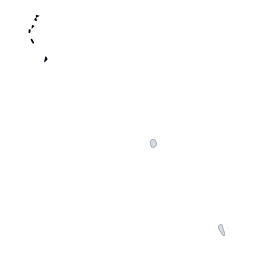 Laamu on a map of Maldives (Mercator projection), rotated 136°
{"feature_id": "MDV-5239", "entity_name": "Laamu", "entity_type": "Atoll", "adm_level": 1, "iso_a3": "MDV", "parent_name": "Maldives", "parent_adm1": "", "projection": "mercator", "projection_center": [73.461, 1.946], "detail": "coarse", "context": "in_parent", "style": "filled", "palette": "ink", "viewbox_px": 256, "rotation_deg": 136, "n_neighbors": 0, "source": "natural_earth", "source_scale": "10m", "svg_char_len": 1020}
<svg xmlns="http://www.w3.org/2000/svg" viewBox="0 0 256 256"><g transform="rotate(136 128 128)"><path d="M132.3,-6.4L130.3,-5.3L128.4,-5.8L127.7,-7.1L128.7,-9.2L130.3,-11.8L131.4,-14.6L133.0,-16.2L134.2,-15.6L134.1,-14.1L133.5,-11.9L133.1,-9.0L132.3,-6.4ZM121.2,102.8L118.7,103.0L117.1,101.0L117.5,98.1L119.4,96.1L122.5,95.9L124.2,97.8L123.3,100.6L121.2,102.8Z" fill="#d9dde1" stroke="#a8b0b8" stroke-width="1"/><path d="M138.8,233.9L140.9,233.9L140.3,234.4L138.8,235.3L138.1,235.7L138.1,235.2L138.3,234.8L138.8,233.9ZM137.1,254.6L136.6,257.1L136.2,258.2L135.7,259.3L136.7,255.5L137.1,254.6ZM133.0,265.1L132.2,265.8L130.8,266.9L130.7,266.8L130.6,266.7L130.9,266.4L131.2,266.0L131.7,265.6L133.0,265.1ZM119.2,269.4L119.3,269.4L119.4,269.9L119.6,270.3L119.5,270.6L118.6,270.7L118.6,270.3L118.8,270.0L119.1,269.7L119.2,269.4ZM115.1,271.2L116.4,271.5L115.8,272.2L115.5,272.1L115.4,271.7L115.1,271.2ZM125.4,267.0L126.6,267.0L125.8,267.7L125.5,267.7L125.4,267.0Z" fill="#0f172a" stroke="#020617" stroke-width="1.5"/></g></svg>